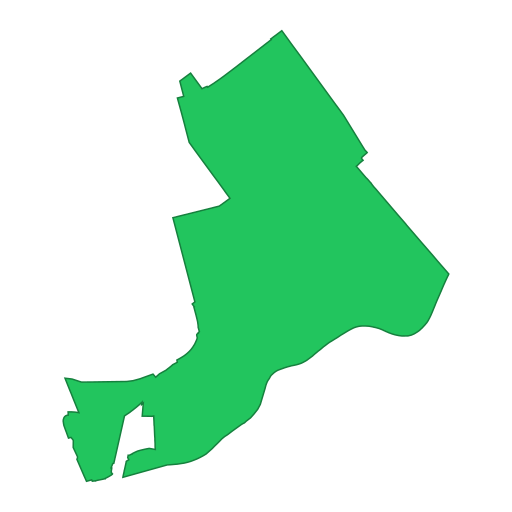 Capelle aan den IJssel, Zuid-Holland, Netherlands (Mercator projection)
{"feature_id": "6326949B80827814559487", "entity_name": "Capelle aan den IJssel", "entity_type": "district", "adm_level": 2, "iso_a3": "NLD", "parent_name": "Netherlands", "parent_adm1": "Zuid-Holland", "projection": "mercator", "projection_center": [4.571, 51.936], "detail": "fine", "context": "isolated", "style": "filled", "palette": "green", "viewbox_px": 512, "rotation_deg": 0, "n_neighbors": 0, "source": "geoboundaries", "source_scale": "gbopen_adm2", "svg_char_len": 5859}
<svg xmlns="http://www.w3.org/2000/svg" viewBox="0 0 512 512"><path d="M288.5,39.9L281.8,30.7L270.8,38.9L271.3,39.6L235.0,67.7L229.6,71.8L224.2,75.9L218.8,79.8L213.3,83.6L207.7,87.2L207.1,86.4L204.7,87.4L204.0,87.8L203.4,88.0L202.0,88.7L190.6,73.1L179.8,81.1L181.9,89.3L183.0,93.5L183.7,96.4L177.4,98.0L181.5,112.9L184.5,124.2L185.3,127.4L188.6,140.1L188.7,140.4L189.2,142.4L195.6,151.3L213.1,175.2L217.8,181.5L223.6,189.5L224.1,190.2L224.4,190.6L224.7,191.0L224.9,191.4L230.0,198.3L219.3,206.1L172.9,217.7L194.9,301.9L192.2,304.0L193.5,305.8L194.3,306.8L193.9,307.1L196.0,315.0L197.1,319.5L197.6,321.7L198.1,325.3L198.2,327.6L198.3,327.8L199.0,330.4L199.1,330.7L199.2,330.9L199.4,331.6L198.2,332.7L198.3,333.3L198.2,333.3L197.8,333.4L197.3,333.9L196.8,334.4L196.7,335.2L197.2,337.6L197.3,337.8L196.9,339.1L196.4,340.4L195.4,342.6L194.8,343.9L194.1,345.1L193.6,345.8L192.9,347.0L191.5,348.9L190.7,349.9L189.2,351.5L187.7,352.9L186.8,353.7L185.3,354.9L183.8,356.0L182.2,357.0L180.2,358.2L178.6,359.1L176.9,360.0L177.3,362.3L172.7,364.7L171.4,365.9L168.3,368.4L168.1,368.5L166.0,370.2L159.5,373.8L155.7,377.2L153.0,374.1L145.2,376.9L140.0,378.8L133.0,380.7L126.7,381.5L118.8,381.6L92.4,382.0L81.5,382.1L78.1,381.0L72.3,379.1L71.7,379.0L68.5,378.6L65.0,378.2L69.8,390.2L71.5,394.3L73.4,399.1L78.9,412.7L77.1,412.4L75.0,412.1L73.3,412.0L71.6,411.9L69.9,411.9L68.1,411.9L68.2,414.1L68.2,415.2L67.4,415.2L67.0,415.3L66.4,415.5L65.9,415.7L65.5,416.0L65.2,416.2L64.8,416.5L64.5,416.9L64.2,417.3L63.9,417.8L63.7,418.4L63.5,419.0L63.3,419.6L63.3,420.1L63.2,420.7L63.2,421.1L63.2,421.4L63.4,422.4L63.4,422.7L63.6,424.0L63.9,425.5L64.8,428.0L65.8,430.8L66.3,432.0L66.7,433.2L68.5,438.1L71.0,437.4L72.8,439.6L73.3,440.5L73.2,447.5L77.5,456.7L77.5,457.2L77.5,457.3L77.4,457.9L77.4,458.3L77.2,458.5L77.1,458.8L77.0,459.1L76.9,459.3L84.3,476.4L85.0,477.9L85.7,479.5L86.5,481.3L91.7,479.9L92.2,480.9L92.3,481.2L95.2,480.8L95.3,481.0L97.0,480.4L103.0,479.2L103.7,479.0L103.8,479.0L104.0,479.0L104.3,478.8L105.2,478.8L105.2,478.4L105.7,478.2L106.8,477.6L107.6,477.2L108.7,476.6L110.4,475.6L110.6,475.5L110.8,475.4L111.2,475.1L111.6,474.8L111.9,474.6L112.0,474.5L112.2,474.3L112.4,474.1L112.5,473.9L111.6,473.0L111.5,472.9L111.5,472.7L111.4,472.7L111.4,472.4L111.3,472.2L111.3,471.6L111.3,470.9L111.5,470.0L111.7,468.5L111.8,467.9L111.3,467.7L111.1,467.8L111.1,467.7L112.0,465.6L112.5,464.3L112.6,464.0L112.8,463.5L113.8,463.3L114.3,461.1L114.7,459.5L114.8,458.7L115.0,458.0L115.2,457.2L124.5,415.9L126.0,414.9L127.6,413.8L128.4,413.3L130.0,412.2L130.7,411.6L133.5,409.5L133.7,409.3L136.1,407.4L139.3,404.7L140.4,403.7L141.0,403.1L141.8,402.4L142.0,402.2L141.7,404.5L143.3,403.1L142.2,416.2L145.7,416.2L152.2,416.3L153.7,416.0L154.0,421.7L154.1,425.1L154.3,426.4L154.4,429.1L154.5,431.3L154.6,433.8L154.7,435.8L154.8,437.3L154.9,437.9L154.9,440.0L155.0,441.8L155.1,443.6L155.1,443.8L155.1,444.7L155.1,445.6L155.1,446.3L155.2,448.3L155.3,449.5L153.7,449.2L149.3,448.4L148.6,448.5L146.0,449.0L144.1,449.4L140.3,450.3L139.3,450.6L137.5,451.1L135.8,451.9L135.5,452.0L132.5,453.5L132.3,453.7L132.1,453.8L132.1,454.1L131.7,454.3L131.4,454.2L129.0,455.4L128.2,455.2L127.7,457.6L128.8,459.7L128.8,459.8L126.4,461.2L126.3,461.3L126.2,461.6L126.1,462.5L125.8,463.8L125.6,464.7L125.3,466.1L125.1,467.0L125.0,467.5L124.9,467.9L124.7,468.9L124.5,469.7L124.2,470.9L124.0,472.2L123.6,473.8L123.3,475.2L123.0,476.7L122.9,477.3L167.3,464.9L170.7,464.7L174.0,464.4L177.5,464.1L180.7,463.6L184.1,463.1L187.5,462.3L190.6,461.4L193.8,460.2L197.0,458.9L200.1,457.4L203.1,455.8L206.1,454.0L212.2,448.6L214.5,446.2L217.0,443.8L219.5,441.3L221.8,438.9L224.1,437.0L225.0,436.3L227.4,434.8L229.0,433.6L232.5,430.9L238.9,426.3L241.4,424.5L242.9,423.6L244.4,422.9L246.3,421.1L250.5,417.9L253.9,414.1L257.7,409.3L260.3,404.4L265.1,388.3L265.5,386.7L266.0,384.9L266.6,383.3L267.3,381.6L268.1,380.2L269.2,378.7L270.0,377.2L271.0,375.5L272.4,374.2L273.8,372.9L275.1,371.9L276.6,370.9L278.2,370.1L281.2,369.0L282.9,368.4L284.5,367.8L288.0,366.7L289.7,366.3L291.3,365.8L293.0,365.5L296.3,364.8L298.1,364.3L299.7,363.8L301.3,363.2L302.6,362.6L303.9,361.9L305.4,361.1L306.9,360.2L308.2,359.2L309.6,358.2L310.1,357.8L311.2,357.0L312.8,355.8L313.1,355.4L314.2,354.5L315.2,353.6L316.6,352.5L318.2,351.1L319.3,350.3L320.6,349.3L323.6,346.7L325.4,345.4L328.5,343.0L330.0,342.0L331.2,341.3L332.5,340.5L334.7,339.1L336.4,338.1L338.0,337.1L340.6,335.3L343.3,333.7L347.4,331.2L349.3,330.1L351.0,329.2L353.6,327.9L355.2,327.3L356.5,326.9L357.7,326.6L359.0,326.3L360.6,326.1L362.1,326.0L363.3,326.0L365.6,326.0L369.0,326.2L372.4,326.8L373.9,327.2L375.5,327.5L379.1,328.5L382.4,329.8L384.0,330.6L385.2,331.1L385.9,331.5L386.7,331.8L387.7,332.2L388.7,332.7L389.3,332.9L390.4,333.3L392.0,333.9L394.7,334.7L395.5,334.9L398.9,335.6L402.1,336.0L407.8,335.9L408.0,335.9L411.3,335.1L414.3,333.8L416.9,332.2L417.1,332.1L419.5,330.4L421.7,328.3L421.9,328.2L425.4,324.4L426.2,323.3L426.5,323.1L428.1,320.7L429.8,317.5L431.0,315.0L431.5,313.8L432.2,312.2L432.7,311.0L433.3,309.5L434.7,306.1L435.0,305.4L435.6,303.8L436.2,302.4L437.2,300.0L439.5,294.8L440.1,293.4L440.7,292.0L441.1,291.2L441.9,289.2L443.1,286.4L443.7,285.0L445.2,281.7L446.2,279.5L446.9,278.0L447.5,276.7L448.2,275.4L448.8,274.0L437.6,261.1L437.4,260.9L433.9,256.7L420.7,241.5L406.5,225.0L405.7,223.9L397.7,214.7L377.3,190.8L376.3,189.6L374.4,187.5L373.6,186.6L371.9,184.4L371.0,183.0L370.0,182.0L368.3,180.0L366.9,178.5L366.5,178.1L366.1,177.8L356.3,166.3L357.7,165.1L358.7,164.1L359.7,163.1L361.8,161.3L362.6,160.7L363.1,160.3L361.9,158.9L361.8,158.7L361.6,158.4L361.6,158.1L361.6,157.9L361.6,157.7L361.9,157.3L362.1,157.1L363.4,155.9L367.2,152.6L366.7,151.9L365.9,151.1L365.1,150.3L364.8,149.9L362.0,145.4L356.0,135.6L352.2,129.4L343.5,115.2L337.2,106.6L335.6,104.5L303.5,60.4L302.0,58.3L291.0,43.4L288.5,39.9Z" fill="#22c55e" stroke="#15803d" stroke-width="1.5"/></svg>